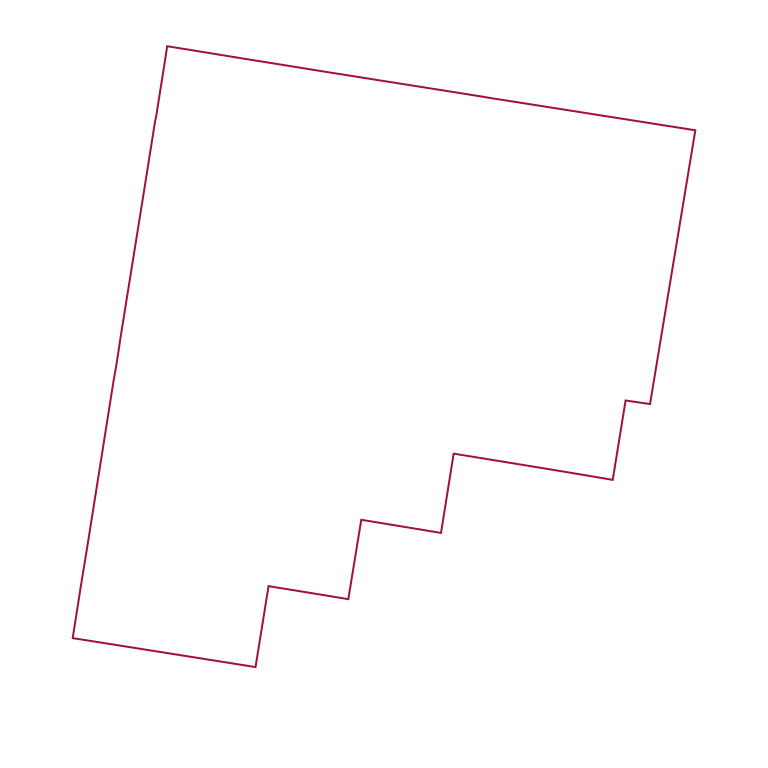 outline of Curry, New Mexico, United States of America, rotated 189°
{"feature_id": "52423323B94709577697602", "entity_name": "Curry", "entity_type": "district", "adm_level": 2, "iso_a3": "USA", "parent_name": "United States of America", "parent_adm1": "New Mexico", "projection": "robinson", "projection_center": [-103.219, 34.628], "detail": "fine", "context": "isolated", "style": "outline", "palette": "rose", "viewbox_px": 768, "rotation_deg": 189, "n_neighbors": 0, "source": "geoboundaries", "source_scale": "gbopen_adm2", "svg_char_len": 680}
<svg xmlns="http://www.w3.org/2000/svg" viewBox="0 0 768 768"><g transform="rotate(189 384 384)"><path d="M118.1,405.8L116.2,683.3L321.6,683.1L331.5,683.2L439.2,683.2L491.2,683.2L574.4,683.4L651.0,683.7L650.9,674.4L650.9,613.0L650.9,612.9L650.9,611.7L651.1,609.3L651.2,608.2L651.2,604.6L651.2,602.9L651.2,599.9L651.2,596.8L651.2,593.5L651.2,589.1L651.2,542.9L651.2,539.3L651.2,539.2L651.2,536.5L651.5,391.9L651.3,361.3L651.6,344.6L651.6,274.6L651.6,233.3L651.6,179.9L651.8,134.5L651.7,84.3L466.6,84.3L466.4,166.3L385.6,165.9L385.2,246.3L344.7,246.1L304.4,245.8L304.3,326.1L197.2,325.6L143.1,325.1L142.8,405.5L118.1,405.8Z" fill="none" stroke="#9f1239" stroke-width="2"/></g></svg>